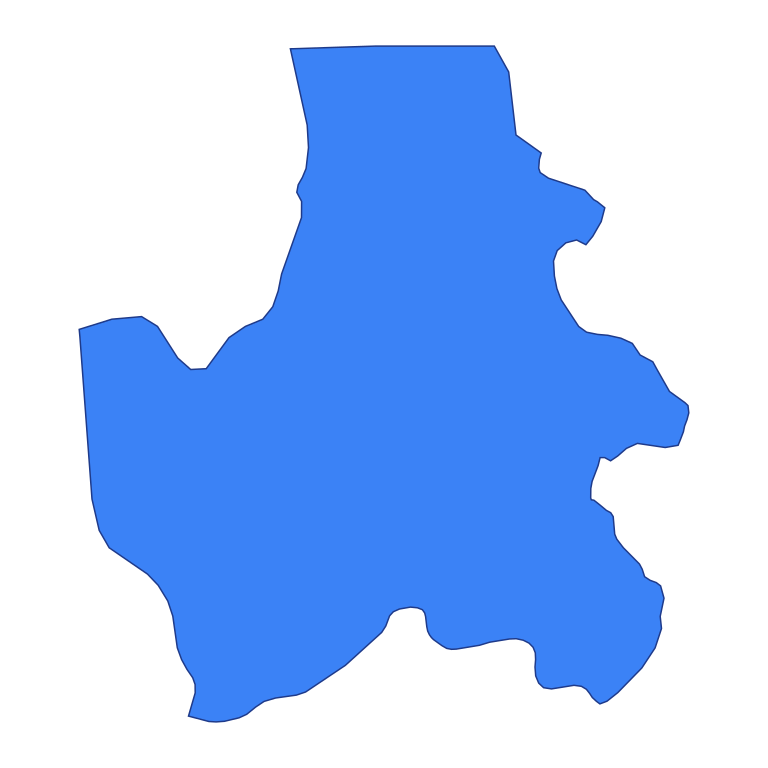 map outline of Đắk Nông (Albers equal-area conic projection)
{"feature_id": "VNM-4835", "entity_name": "Đắk Nông", "entity_type": "Province", "adm_level": 1, "iso_a3": "VNM", "parent_name": "Vietnam", "parent_adm1": "", "projection": "albers", "projection_center": [107.792, 12.232], "detail": "fine", "context": "isolated", "style": "filled", "palette": "blue", "viewbox_px": 768, "rotation_deg": 0, "n_neighbors": 0, "source": "natural_earth", "source_scale": "10m", "svg_char_len": 2080}
<svg xmlns="http://www.w3.org/2000/svg" viewBox="0 0 768 768"><path d="M190.7,369.5L206.2,368.7L229.0,337.6L245.4,326.4L262.8,319.2L272.8,306.7L278.2,291.0L281.6,274.0L301.5,217.6L301.6,201.4L296.8,192.3L298.2,184.8L302.4,177.4L306.1,168.5L308.5,147.6L307.2,125.1L290.4,48.8L375.1,46.1L494.3,46.1L508.7,72.0L516.0,135.0L541.2,153.0L539.4,159.3L538.7,168.2L540.2,172.6L548.5,178.2L584.9,190.2L593.6,199.6L597.4,201.8L604.8,207.8L601.2,221.6L592.8,236.2L585.9,244.7L576.6,240.0L565.9,242.8L557.2,250.6L553.5,261.0L554.4,276.0L556.9,288.6L561.2,299.9L578.7,326.5L586.6,332.2L597.5,334.4L607.9,335.3L620.9,338.2L632.3,343.4L640.1,355.0L652.8,361.8L657.4,370.2L669.5,391.5L685.1,402.8L688.0,405.6L688.8,412.9L687.0,419.7L684.6,426.0L683.4,431.8L680.5,439.4L678.1,445.3L665.2,447.5L637.4,443.4L626.4,448.4L617.7,456.0L610.6,460.8L604.7,457.6L600.1,457.6L598.1,465.6L592.1,481.4L590.8,488.5L590.7,498.0L591.3,499.8L593.9,500.2L600.2,505.2L606.4,510.4L610.7,512.7L613.2,516.6L614.7,534.1L616.8,539.2L623.3,547.7L639.5,564.1L642.2,569.2L644.6,576.7L650.1,580.3L656.3,582.6L660.6,585.9L664.0,598.2L660.2,616.4L661.5,628.5L655.1,647.9L641.8,668.0L617.8,692.6L607.0,701.2L599.9,703.9L596.4,701.3L592.3,697.5L589.7,693.5L586.4,689.3L581.4,686.3L574.0,685.3L551.5,688.9L543.6,687.7L538.7,683.1L535.7,675.9L535.0,667.1L535.6,659.5L535.3,652.8L533.1,647.3L529.0,643.1L523.2,640.2L516.2,638.7L509.4,639.0L489.7,642.2L479.4,645.3L456.3,649.1L451.5,649.3L446.7,648.4L442.0,645.7L433.5,639.6L431.4,637.5L429.4,634.7L427.7,631.1L426.8,626.8L425.6,616.6L424.7,613.0L422.4,609.7L417.5,607.8L410.5,607.1L399.5,609.0L393.4,611.7L389.6,615.8L385.8,626.0L381.7,632.4L345.4,665.3L305.6,692.0L296.4,695.1L275.6,698.0L264.1,701.4L255.7,707.0L246.7,714.3L239.1,717.8L224.4,721.3L216.1,721.9L208.9,721.5L188.5,716.1L195.2,692.9L195.1,684.5L192.7,677.7L187.0,669.4L181.6,659.6L177.3,647.8L172.8,616.1L167.8,601.0L158.2,585.3L147.5,574.1L109.2,547.8L99.2,530.4L92.0,499.1L79.9,336.9L79.2,329.4L111.8,319.2L141.6,316.6L157.5,326.4L177.7,358.0L190.7,369.5Z" fill="#3b82f6" stroke="#1e3a8a" stroke-width="1.5"/></svg>